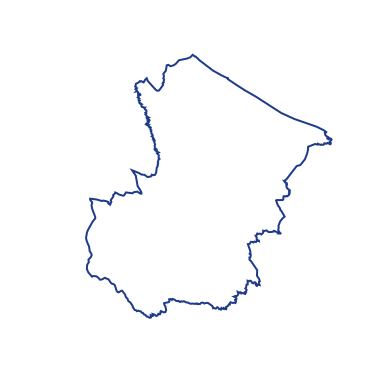 the district of Lamae, Chumphon, Thailand, rotated 307°
{"feature_id": "78962969B32380434667170", "entity_name": "Lamae", "entity_type": "district", "adm_level": 2, "iso_a3": "THA", "parent_name": "Thailand", "parent_adm1": "Chumphon", "projection": "equal_earth", "projection_center": [99.012, 9.761], "detail": "fine", "context": "isolated", "style": "outline", "palette": "blue", "viewbox_px": 384, "rotation_deg": 307, "n_neighbors": 0, "source": "geoboundaries", "source_scale": "gbopen_adm2", "svg_char_len": 6029}
<svg xmlns="http://www.w3.org/2000/svg" viewBox="0 0 384 384"><g transform="rotate(307 192 192)"><path d="M301.9,112.9L302.0,110.0L298.7,109.6L295.8,107.9L289.4,102.3L284.5,101.9L282.0,101.0L279.5,99.1L279.3,96.6L278.0,95.6L273.1,98.1L269.1,98.0L267.6,99.9L265.4,100.8L265.2,101.8L264.6,102.3L262.7,103.0L262.5,103.5L261.0,103.1L260.2,104.5L253.2,104.6L252.0,103.4L251.8,101.4L254.1,89.6L255.6,87.4L253.5,87.0L250.4,87.4L250.0,84.8L249.3,84.6L249.1,83.6L247.5,83.5L244.6,82.1L242.4,83.2L242.4,82.4L242.0,83.3L242.1,84.6L240.5,84.9L240.9,85.4L240.2,85.3L240.3,86.1L239.8,86.9L238.6,86.8L239.3,87.4L239.4,88.6L237.6,90.1L238.3,90.0L238.8,90.7L238.2,91.0L238.9,91.5L238.7,92.2L238.2,92.4L237.5,91.3L236.8,91.2L235.5,92.5L234.9,92.1L234.8,93.8L234.1,93.5L233.2,94.0L233.0,94.4L233.4,95.2L232.6,95.2L231.9,95.8L231.9,98.5L231.3,97.9L231.2,99.3L230.2,99.9L229.8,101.1L230.7,102.5L230.4,103.2L231.0,103.8L230.1,103.9L229.7,104.5L229.7,106.5L228.3,107.5L227.3,107.1L227.0,108.3L226.0,108.0L225.2,111.1L225.4,112.1L224.1,111.0L223.7,111.4L224.2,113.1L223.8,115.0L222.2,115.2L222.4,113.4L221.6,114.1L221.1,115.5L220.2,115.1L219.7,115.6L219.4,114.4L218.9,114.4L219.4,116.3L218.4,115.5L218.7,118.7L217.9,119.0L218.6,120.3L216.9,121.1L216.9,122.3L215.7,122.5L215.4,123.6L214.2,124.4L214.1,125.9L213.3,126.6L212.5,126.4L212.7,127.1L212.2,127.2L212.0,128.3L210.9,128.7L211.4,129.9L210.9,130.7L210.5,130.1L210.0,130.2L209.8,131.6L209.2,131.7L207.7,134.0L206.7,134.2L205.0,135.8L204.8,137.1L204.5,137.1L204.5,136.5L203.6,136.3L203.1,137.9L204.3,138.6L203.3,139.5L203.5,141.6L201.9,140.7L201.4,143.3L199.3,144.7L198.9,146.1L197.9,145.7L194.9,147.0L194.4,147.9L192.8,148.2L192.3,149.0L190.0,149.3L186.0,151.7L183.4,152.1L181.8,150.7L181.7,149.5L179.6,149.8L177.2,147.5L177.1,143.8L175.4,140.8L175.3,138.5L173.3,131.1L171.2,137.3L164.0,145.0L162.3,149.6L161.2,151.8L160.2,152.6L159.8,152.2L159.3,148.0L156.9,145.7L155.2,145.3L151.9,139.5L148.5,139.8L147.5,139.1L145.9,134.7L145.9,132.7L145.4,131.0L144.6,131.4L142.1,130.9L141.0,131.9L136.6,132.0L135.7,133.5L132.6,134.2L132.9,133.0L132.5,132.7L132.5,131.9L133.7,131.3L132.9,128.7L131.6,126.1L130.6,125.5L128.7,120.5L125.4,114.7L124.7,115.1L124.2,115.9L123.9,118.1L123.0,119.0L121.1,119.6L118.4,122.5L114.0,129.5L112.8,130.6L108.4,130.5L98.9,131.8L96.4,132.5L91.4,135.1L89.1,138.0L86.5,142.6L83.2,145.9L82.1,148.7L81.2,149.9L79.2,150.4L75.7,150.0L73.7,151.9L70.9,152.0L67.2,154.4L65.4,157.6L64.2,163.1L65.4,163.6L67.1,166.3L67.2,168.0L66.6,171.4L68.4,173.0L70.9,173.9L72.0,177.9L70.6,181.9L70.6,183.2L71.3,185.1L71.0,186.7L67.9,190.9L67.3,192.7L67.7,193.8L70.8,195.1L71.1,195.7L69.9,200.1L68.3,202.4L68.0,204.7L66.6,206.7L66.7,209.1L65.9,211.5L65.2,213.4L64.3,214.0L64.1,215.3L63.3,217.0L63.8,218.4L63.7,219.8L65.0,220.6L65.1,221.6L65.8,222.7L65.4,224.9L65.9,225.5L65.3,227.6L65.8,228.7L65.3,230.8L65.8,231.6L66.1,234.0L67.1,234.7L68.8,233.1L69.3,235.2L69.8,235.4L70.9,234.0L71.6,236.2L71.4,238.0L72.8,238.8L74.4,238.4L74.6,239.5L75.2,240.0L75.9,239.5L76.8,239.7L77.3,238.9L78.2,238.8L79.0,242.0L80.1,243.0L82.2,242.4L84.2,240.1L86.0,236.8L86.5,236.6L90.1,239.8L91.3,239.7L92.5,238.3L93.7,239.4L93.7,240.9L94.7,240.7L95.5,242.3L95.5,245.0L97.0,247.0L96.7,247.7L97.0,248.7L98.2,249.1L98.7,250.4L99.9,251.2L100.3,253.7L101.2,255.3L101.9,258.2L103.5,259.9L104.4,261.8L105.3,262.2L105.6,263.4L106.0,263.3L106.2,264.5L106.7,264.7L107.3,265.8L108.7,265.9L110.1,267.0L110.4,269.0L112.1,270.2L113.0,271.6L113.2,276.9L112.0,278.6L112.6,278.8L112.6,280.0L113.2,281.2L115.2,281.5L115.3,282.7L114.8,284.1L115.3,284.8L115.4,285.8L117.2,285.3L117.3,287.2L117.9,288.0L118.5,287.5L118.8,288.6L118.5,289.1L118.9,289.8L119.8,289.5L120.6,288.4L122.7,289.3L124.3,289.0L124.9,289.9L125.9,289.1L127.1,289.1L127.7,291.1L129.2,292.4L129.3,293.4L129.9,293.5L131.4,292.8L131.5,291.7L132.0,291.2L133.3,291.9L133.9,291.1L134.2,290.4L133.7,288.4L135.3,289.4L135.6,290.2L136.8,290.6L139.0,290.3L139.2,289.1L139.7,288.6L139.8,290.3L140.7,290.4L141.2,291.1L140.6,292.4L141.4,292.8L142.1,294.0L142.8,296.7L142.9,295.0L144.0,295.4L144.0,294.6L145.6,295.0L146.8,294.4L147.1,292.6L148.2,292.7L150.8,291.3L151.7,292.1L154.6,289.8L155.0,291.3L156.0,291.6L156.4,292.5L156.3,293.5L155.6,294.2L156.0,296.0L157.6,296.2L157.9,297.1L157.4,298.6L156.5,298.5L155.9,300.1L156.3,300.5L157.7,300.3L158.4,301.9L159.1,300.6L160.9,299.5L161.4,299.9L162.9,298.1L164.2,294.3L168.8,291.1L172.1,281.4L172.6,278.5L173.7,278.1L174.2,277.3L175.0,277.9L176.9,277.0L177.3,275.4L178.1,275.8L178.8,274.8L179.8,274.3L184.0,268.0L185.4,269.3L187.6,269.0L188.5,270.3L188.6,271.4L189.9,271.6L190.5,273.2L192.5,273.4L193.0,275.1L193.4,274.7L192.9,272.3L194.4,271.3L195.4,269.1L196.0,269.7L198.1,269.1L198.4,270.1L199.5,271.1L199.9,273.0L202.3,273.3L203.8,272.2L203.9,272.9L206.2,274.6L206.0,276.8L207.2,278.8L209.5,281.0L210.0,280.7L210.5,281.1L211.1,284.2L210.6,285.5L212.0,287.6L212.3,287.6L212.4,286.4L213.5,283.7L215.9,282.6L217.0,281.4L221.6,280.1L225.6,280.2L228.1,280.8L230.7,274.6L230.8,273.4L231.8,272.3L232.7,270.1L232.8,268.9L235.9,264.2L236.5,264.5L240.1,269.2L240.9,269.4L243.5,267.7L244.1,268.0L244.7,269.5L245.8,269.9L246.0,270.7L248.4,271.3L249.0,270.4L250.1,270.6L250.5,268.8L250.7,269.5L251.0,269.1L251.9,269.5L252.4,268.4L252.1,266.9L252.5,265.0L254.1,263.3L254.4,263.7L255.3,263.3L255.5,262.3L256.0,262.3L255.7,260.7L256.2,259.1L256.6,260.0L257.6,259.3L258.8,259.8L275.7,260.0L278.8,262.3L286.1,262.5L291.5,261.0L295.6,259.2L298.0,257.5L304.4,261.4L305.4,263.7L306.2,263.4L307.0,266.4L307.8,266.7L308.6,268.4L309.9,268.8L310.6,268.4L311.5,270.4L312.7,270.6L313.0,271.9L313.4,272.0L313.1,273.0L313.5,273.8L314.7,273.4L315.0,271.8L317.8,272.0L318.2,271.1L317.8,269.5L316.4,269.6L316.1,267.9L316.4,267.7L317.2,268.3L317.8,267.8L317.5,265.6L317.8,264.1L319.5,262.2L320.2,262.2L320.7,264.1L320.6,259.9L319.1,252.1L311.9,229.7L308.8,215.7L306.6,185.6L305.0,172.9L304.3,163.4L303.7,152.6L304.2,152.1L304.5,153.1L304.6,152.1L304.0,150.8L302.9,145.2L301.6,135.7L301.7,119.1L302.4,113.3L301.9,112.9Z" fill="none" stroke="#1e3a8a" stroke-width="2"/></g></svg>